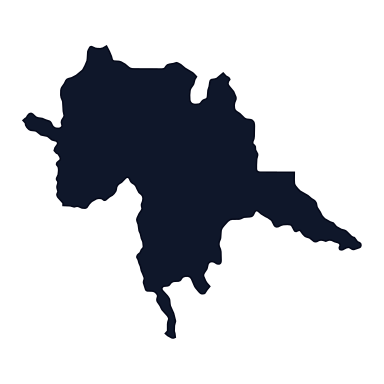 the district of Concepción de la Vega, La Vega, Dominican Republic
{"feature_id": "3306468B4333912279461", "entity_name": "Concepción de la Vega", "entity_type": "district", "adm_level": 2, "iso_a3": "DOM", "parent_name": "Dominican Republic", "parent_adm1": "La Vega", "projection": "natural_earth1", "projection_center": [-70.509, 19.202], "detail": "fine", "context": "isolated", "style": "filled", "palette": "ink", "viewbox_px": 384, "rotation_deg": 0, "n_neighbors": 0, "source": "geoboundaries", "source_scale": "gbopen_adm2", "svg_char_len": 5922}
<svg xmlns="http://www.w3.org/2000/svg" viewBox="0 0 384 384"><path d="M294.3,172.3L260.2,172.2L258.6,172.0L257.2,171.2L256.7,170.3L256.4,169.2L256.4,164.8L256.7,159.0L257.6,155.4L257.6,154.0L255.5,149.9L255.3,146.7L254.7,145.6L252.9,143.9L252.7,143.0L252.8,141.6L253.9,138.7L254.2,136.2L254.4,126.1L254.3,124.2L253.9,122.3L253.3,121.4L251.8,120.0L250.3,119.6L246.6,119.2L244.6,118.3L239.8,113.6L236.3,111.3L234.9,109.7L234.4,108.1L234.2,105.1L234.6,102.7L235.9,99.4L236.0,98.2L235.9,97.1L233.6,91.6L229.3,86.4L228.3,84.9L228.0,83.8L228.1,82.6L228.6,81.1L229.8,79.5L229.5,78.7L229.0,77.9L228.2,77.3L226.0,76.1L223.2,73.0L216.7,78.5L215.1,79.0L211.4,79.6L210.6,80.2L210.3,80.6L209.8,82.3L209.2,86.5L208.0,90.2L207.5,96.4L207.3,97.5L206.8,98.5L206.1,99.0L203.9,99.8L202.7,100.5L201.7,101.6L200.6,103.1L199.9,103.7L198.9,104.1L196.2,104.4L194.5,104.4L192.8,104.0L191.8,103.5L190.7,102.4L190.2,101.4L189.8,100.2L189.6,95.1L190.0,90.6L190.3,89.4L191.1,87.8L193.4,84.5L193.8,83.4L194.8,79.5L196.5,76.7L194.2,74.2L192.7,72.8L185.1,68.3L180.7,64.6L177.7,63.0L176.4,62.7L173.4,63.6L169.5,64.2L167.4,64.9L166.0,66.3L164.7,68.2L163.8,68.7L162.2,69.0L134.6,68.9L132.2,68.8L130.5,68.4L129.0,67.6L125.1,64.3L121.1,62.0L119.1,61.4L114.4,61.1L113.5,60.9L112.7,60.3L112.2,59.5L111.4,56.4L109.3,51.4L106.5,46.0L102.9,48.1L100.3,48.7L97.5,48.6L95.4,48.3L91.6,46.6L90.7,46.7L89.9,47.2L88.3,50.2L87.8,51.7L87.4,58.4L87.1,60.8L85.0,65.8L82.8,69.9L82.1,70.6L76.3,75.4L71.7,77.8L68.3,78.7L66.9,79.4L65.9,80.6L64.5,83.5L61.8,87.4L61.3,88.5L60.9,90.2L60.8,95.1L61.2,97.5L62.6,101.0L62.8,102.2L63.3,111.2L64.2,115.7L63.7,117.2L62.0,119.9L61.6,120.9L61.4,122.5L62.1,125.5L61.9,126.5L61.3,127.2L60.1,128.1L58.6,128.4L56.4,128.3L54.9,127.9L53.2,126.7L52.3,125.4L51.2,123.0L50.3,121.8L49.5,121.2L45.5,119.9L42.3,118.5L38.1,117.9L36.6,117.4L35.7,116.9L32.7,114.1L31.4,113.4L30.3,113.4L29.0,114.0L27.6,115.6L26.4,117.7L25.0,118.6L23.0,120.4L25.3,122.9L25.7,125.2L26.9,127.3L28.5,129.0L29.4,129.7L30.9,130.3L34.6,130.7L36.2,131.1L41.0,134.9L47.3,136.2L48.2,136.8L51.7,139.7L52.7,140.1L56.1,141.0L56.9,141.5L57.4,142.3L57.7,143.2L57.6,143.8L57.2,144.7L55.0,147.8L54.2,150.6L56.4,153.1L57.6,153.6L58.3,154.2L59.8,156.7L60.3,158.1L60.3,159.1L60.0,160.0L57.5,162.1L56.9,162.8L56.5,164.2L56.7,164.9L57.9,166.4L58.3,167.3L58.6,169.0L58.6,170.9L58.2,174.7L56.6,178.2L56.5,179.1L56.7,179.9L57.7,181.3L57.9,182.1L57.8,183.5L57.0,186.2L57.0,187.9L57.9,191.1L57.9,191.9L57.0,194.0L56.9,194.9L57.4,196.4L58.0,197.4L63.0,203.0L63.0,205.5L70.2,205.8L74.2,206.9L76.5,206.3L78.0,206.3L82.0,208.0L85.1,208.2L86.1,207.9L86.9,207.4L89.2,204.0L91.2,201.9L92.1,201.2L96.6,198.7L98.7,198.3L100.7,198.4L102.1,198.8L103.9,200.2L104.8,200.3L105.7,200.0L109.5,196.8L112.3,195.2L114.0,193.6L115.7,191.2L116.1,190.1L116.7,186.8L117.8,185.0L118.9,183.9L121.6,182.2L125.7,178.0L127.0,177.2L127.9,177.3L128.7,177.7L129.5,178.8L130.3,180.7L131.1,182.0L132.2,183.0L134.0,184.1L135.1,185.1L136.0,186.4L137.1,188.9L139.0,192.5L141.5,194.6L142.4,195.9L142.8,196.9L143.0,198.7L142.7,201.0L141.5,204.3L141.5,205.9L142.0,208.1L142.0,209.1L141.3,210.5L139.1,213.8L137.1,218.2L136.8,219.8L137.1,221.4L138.2,224.4L139.1,230.8L140.4,233.8L141.4,238.3L142.9,241.8L143.4,246.6L143.0,247.9L141.4,249.7L140.1,252.7L138.4,254.1L137.4,255.2L136.9,256.5L136.9,257.5L138.1,259.6L139.1,263.2L140.4,266.2L141.4,270.8L142.7,273.7L144.2,277.6L144.3,279.0L143.6,281.2L143.5,282.8L145.7,289.8L146.4,290.5L147.2,290.9L152.5,291.1L154.0,291.5L155.5,292.4L157.3,294.6L157.7,296.1L157.0,298.7L156.9,299.7L157.0,300.8L157.5,301.9L160.1,305.7L161.3,308.3L162.2,309.9L167.4,315.7L168.0,316.6L168.7,318.1L168.8,319.1L167.9,321.9L167.6,324.2L167.6,331.0L165.3,333.5L167.7,335.6L171.7,337.8L172.6,338.0L173.6,338.0L175.3,337.3L174.9,333.6L174.2,331.1L174.4,325.5L175.3,322.0L175.5,321.1L175.3,320.2L173.6,313.3L170.3,305.9L170.0,304.2L169.6,300.0L169.3,298.9L168.4,297.3L167.3,295.8L162.2,290.2L161.8,288.7L162.1,287.7L163.0,286.6L163.9,286.2L167.3,285.9L168.7,285.5L169.4,284.9L171.1,282.7L172.8,281.6L174.3,281.3L178.5,281.1L179.9,280.6L180.6,280.0L181.8,278.1L183.3,276.8L185.4,276.2L188.1,276.2L190.0,277.0L191.4,278.6L194.6,286.1L195.5,287.6L198.9,291.7L200.1,292.9L201.0,293.5L202.0,293.8L204.0,293.6L204.8,293.2L207.1,289.7L209.8,286.4L207.0,283.2L205.7,281.2L203.6,276.3L203.5,275.2L203.7,274.0L204.5,272.5L206.7,269.2L207.1,268.1L208.0,264.2L208.8,262.9L209.6,262.2L211.0,261.6L213.1,261.7L214.6,262.3L216.6,263.6L218.0,264.0L219.5,263.9L220.3,263.3L220.6,262.9L221.0,261.9L221.1,260.2L220.9,251.8L220.4,249.3L219.2,246.4L218.9,244.1L219.2,241.8L220.4,238.9L220.6,237.7L221.0,231.9L221.2,230.0L222.2,227.8L224.1,225.4L227.7,221.4L230.0,219.7L232.2,219.2L239.1,219.1L240.7,218.7L243.9,217.2L249.6,216.8L251.3,216.5L252.3,216.0L253.3,214.9L254.6,212.2L255.4,211.1L256.1,210.7L257.1,210.6L258.3,211.3L261.2,213.8L265.6,216.5L267.9,217.6L271.1,219.9L271.8,220.6L274.3,225.5L275.3,226.5L276.6,226.9L278.1,226.7L281.2,225.2L283.4,224.6L287.4,224.4L290.1,224.7L291.1,225.1L291.8,225.8L294.3,230.5L294.9,231.2L296.1,231.5L298.7,230.4L299.6,230.3L300.4,230.7L302.7,233.9L304.7,236.0L306.1,236.8L309.6,237.9L313.1,240.7L314.0,241.4L315.0,241.7L316.0,241.7L316.9,241.5L319.0,240.4L321.0,240.0L323.1,240.3L325.8,241.2L328.3,240.2L329.4,240.0L331.5,240.2L334.7,241.7L337.6,242.5L338.9,243.1L339.6,243.7L340.1,244.8L340.1,245.5L339.3,247.4L339.4,248.7L339.9,249.5L341.2,249.9L342.7,249.7L346.1,247.9L348.3,247.3L349.7,247.7L352.3,249.3L353.8,249.5L359.2,247.7L360.4,247.0L360.8,246.1L361.0,245.1L360.6,243.6L359.6,242.7L357.4,241.7L354.4,237.6L352.9,237.2L351.5,236.4L347.0,231.9L345.7,230.8L344.3,230.2L341.2,229.4L336.4,226.7L333.3,223.0L330.1,221.9L324.7,218.8L322.3,216.2L321.7,215.2L320.2,212.1L317.3,207.6L316.9,206.5L316.3,203.2L315.2,201.3L314.1,200.3L311.4,198.6L307.9,195.6L300.2,191.2L297.8,188.8L295.6,186.1L294.7,184.5L294.4,183.4L294.2,179.7L294.3,172.3Z" fill="#0f172a" stroke="#020617" stroke-width="1.5"/></svg>